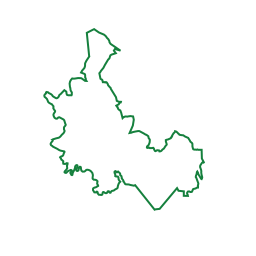 outline of Santiago Xanica, Oaxaca, Mexico, rotated 27°
{"feature_id": "50627088B68084107278536", "entity_name": "Santiago Xanica", "entity_type": "district", "adm_level": 2, "iso_a3": "MEX", "parent_name": "Mexico", "parent_adm1": "Oaxaca", "projection": "robinson", "projection_center": [-96.226, 16.017], "detail": "fine", "context": "isolated", "style": "outline", "palette": "green", "viewbox_px": 256, "rotation_deg": 27, "n_neighbors": 0, "source": "geoboundaries", "source_scale": "gbopen_adm2", "svg_char_len": 5892}
<svg xmlns="http://www.w3.org/2000/svg" viewBox="0 0 256 256"><g transform="rotate(27 128 128)"><path d="M171.5,109.5L171.7,109.9L171.1,111.9L171.0,112.0L170.8,114.4L170.8,115.2L171.0,115.3L171.0,116.0L170.9,117.0L170.6,117.1L170.6,117.9L168.8,120.1L167.9,120.8L167.2,121.6L167.9,122.9L169.9,124.9L170.0,125.6L169.6,126.9L169.3,130.1L168.5,131.5L168.1,133.2L167.4,134.1L166.6,134.6L165.8,133.9L164.0,134.6L163.1,136.1L162.4,136.2L161.3,135.5L160.4,134.6L160.0,134.6L159.8,134.3L159.5,134.2L157.8,135.4L156.5,136.0L156.1,135.8L155.2,136.1L154.9,136.4L154.9,136.6L154.2,137.0L153.7,136.8L153.4,136.0L153.4,135.6L154.0,134.1L154.1,133.6L153.9,131.6L153.7,130.7L152.8,128.6L152.3,128.2L151.1,127.7L149.8,126.1L147.4,125.7L146.8,125.9L144.5,125.7L139.6,125.6L138.6,126.0L137.9,126.5L135.8,128.1L133.9,129.7L133.3,130.5L131.7,131.7L131.2,123.6L129.4,118.0L127.3,115.4L124.5,116.4L123.8,117.0L123.0,117.5L122.5,118.0L120.5,118.9L120.0,119.3L119.4,120.2L119.2,120.2L118.7,121.7L114.9,117.4L113.1,115.8L112.3,115.9L111.6,115.8L110.7,115.5L110.0,115.0L109.7,114.5L109.2,114.1L108.6,114.1L108.1,113.6L107.7,113.6L107.4,113.4L109.0,111.1L109.0,109.9L109.7,108.5L109.9,108.4L109.8,107.9L107.9,108.8L105.7,108.9L103.3,106.0L94.9,100.9L94.2,100.1L92.9,99.8L92.4,99.5L91.4,99.2L90.7,98.8L90.1,98.1L88.6,97.2L88.0,97.0L87.5,97.2L87.1,97.7L86.8,97.5L84.8,98.6L84.4,98.2L84.1,97.7L83.3,96.9L82.6,96.7L82.3,96.8L81.1,96.6L77.6,92.2L77.9,91.0L78.0,89.3L78.8,85.6L78.8,82.4L79.2,76.6L79.3,75.8L79.7,74.9L79.8,74.2L79.4,72.0L79.4,71.1L80.1,70.0L83.2,66.9L80.3,65.5L80.5,63.5L86.2,62.5L74.4,61.0L73.6,60.6L72.6,60.0L71.8,58.9L70.1,57.8L68.5,57.3L66.4,56.2L64.2,55.7L58.8,56.1L52.9,55.3L48.1,61.9L60.7,81.5L61.0,81.8L60.4,86.8L60.4,89.3L60.6,90.4L61.1,91.2L61.6,92.4L61.9,94.1L61.7,95.2L61.1,97.6L61.0,99.9L64.4,99.6L65.3,99.7L65.9,100.5L66.9,102.4L67.8,103.0L68.6,104.3L69.6,104.9L68.4,105.5L64.6,104.9L63.5,104.9L60.8,106.2L58.2,108.1L57.2,108.7L55.8,109.2L55.3,111.2L55.3,113.0L55.8,114.9L57.6,117.7L58.4,118.5L59.6,120.3L60.0,120.7L61.8,121.8L62.8,123.9L62.8,124.5L61.3,125.2L60.6,125.7L58.8,126.2L57.8,125.5L56.5,123.6L54.1,123.2L52.6,128.3L51.9,129.6L52.0,131.6L51.8,132.5L51.4,133.4L50.9,133.9L50.1,134.1L48.4,134.0L46.5,133.8L45.6,133.2L44.1,132.8L41.2,132.8L40.8,132.5L40.2,132.6L39.2,132.8L38.8,133.5L39.2,134.5L38.7,135.7L38.6,136.4L38.8,137.3L39.6,138.1L41.1,138.4L42.7,139.0L45.2,141.1L46.3,141.4L48.4,141.5L49.3,141.4L50.2,141.8L50.6,142.1L51.6,142.4L52.1,143.1L52.4,144.2L53.8,145.2L54.4,145.4L55.4,146.0L55.6,147.1L55.4,148.2L55.4,149.5L55.6,150.2L56.5,151.2L57.9,152.2L59.3,152.4L60.0,152.2L60.5,151.9L61.2,150.2L62.0,149.6L66.7,149.7L67.7,150.1L70.1,152.6L70.9,153.2L71.1,153.6L71.1,154.4L70.7,155.9L70.8,156.8L71.6,158.3L72.7,159.2L73.0,160.0L72.9,161.9L72.1,164.1L71.6,166.4L71.0,167.7L70.6,168.2L68.5,170.0L67.2,171.3L66.4,172.0L66.0,172.6L66.4,172.6L66.7,173.6L66.2,176.0L66.2,176.9L66.3,177.4L66.9,178.0L67.4,178.3L68.9,178.4L69.5,178.7L74.6,178.7L76.5,178.9L78.1,178.8L81.9,177.8L82.3,178.1L82.3,179.7L82.6,181.5L82.5,182.3L81.9,183.3L81.5,183.5L80.8,184.6L80.8,185.0L82.1,185.6L82.9,186.4L84.2,186.6L85.4,187.0L86.1,188.6L86.6,189.2L88.1,188.7L88.7,188.2L89.3,187.2L90.2,186.9L90.4,187.3L90.7,188.3L90.7,189.3L92.1,191.4L92.0,193.0L91.4,195.1L91.4,196.0L91.6,196.3L92.0,196.4L92.6,196.4L93.4,195.9L94.0,193.9L94.4,193.3L96.0,191.4L96.8,191.2L97.2,191.4L97.3,192.2L97.0,194.2L98.9,195.5L99.5,195.4L99.7,195.1L99.6,194.5L99.1,192.9L99.2,190.9L99.1,189.2L98.8,187.2L98.5,186.7L98.4,185.9L98.5,185.2L98.9,184.5L99.6,184.2L99.9,184.3L100.2,184.7L100.5,185.4L100.7,186.1L100.6,186.9L100.7,188.5L101.2,189.2L101.6,189.4L102.2,189.4L102.8,188.9L103.1,188.2L102.4,185.7L102.6,184.5L103.3,184.2L103.8,184.4L104.4,185.4L105.8,187.1L107.3,187.5L108.9,186.6L109.4,185.7L109.9,184.2L110.8,183.6L112.1,183.2L114.0,183.2L115.2,183.6L116.7,184.3L118.1,185.9L119.2,188.8L119.7,189.3L120.9,189.6L122.3,189.0L123.6,188.8L125.0,189.3L125.7,191.5L126.7,192.4L127.2,192.5L127.5,192.8L127.7,193.2L126.2,195.5L125.1,196.4L124.4,197.6L124.5,198.3L125.2,199.4L126.5,200.1L127.2,200.6L128.1,200.3L128.7,199.7L128.9,199.0L129.3,198.8L129.9,198.9L130.5,199.5L130.6,200.0L132.3,200.7L133.9,200.0L134.4,199.9L135.0,199.5L135.3,198.9L134.8,197.1L134.9,196.4L135.4,196.1L136.8,196.3L138.0,196.1L138.7,195.4L138.7,193.7L139.1,193.3L139.7,193.1L140.3,193.7L141.1,193.9L141.8,193.6L141.8,192.4L142.1,191.6L142.4,191.2L143.1,190.7L143.8,190.0L144.5,188.5L145.6,187.0L145.9,186.0L145.3,184.2L145.0,182.1L145.0,181.0L145.5,179.4L144.9,179.2L143.1,178.2L141.9,176.4L141.1,175.9L139.0,176.7L138.4,176.6L138.2,175.8L137.6,175.2L137.4,174.7L136.5,174.2L135.9,173.3L135.9,172.9L136.1,172.4L136.4,172.1L137.4,172.2L137.8,172.5L138.3,172.5L138.9,171.3L141.6,172.1L142.6,173.6L143.9,173.8L144.9,174.9L145.1,175.5L146.0,176.1L147.0,176.5L147.8,177.0L148.0,177.6L148.5,177.9L149.1,178.0L150.6,179.1L151.6,179.2L154.2,178.0L155.1,177.8L155.9,177.7L159.5,176.7L160.3,175.7L188.8,188.7L189.4,188.0L192.9,185.7L199.0,159.3L201.5,161.0L206.5,159.1L208.5,163.1L212.2,161.3L211.3,160.2L210.5,159.7L210.1,159.0L210.2,157.5L210.5,157.2L211.4,156.7L212.7,156.7L213.8,156.0L213.9,154.4L213.7,153.2L214.0,152.6L215.7,151.2L216.4,149.9L217.4,149.3L216.7,147.8L216.3,147.4L216.2,146.6L216.0,145.8L215.6,145.2L211.6,141.5L210.6,140.9L210.2,139.5L210.1,138.1L209.4,135.9L209.5,135.3L210.7,136.1L211.6,137.2L212.4,137.7L216.3,140.1L216.8,140.1L216.8,139.2L216.5,138.2L214.4,135.8L213.3,134.1L213.0,133.3L212.2,132.2L209.9,130.0L209.4,128.6L209.7,125.7L210.1,124.4L211.8,124.6L207.7,121.7L203.5,114.0L200.3,115.6L199.6,115.6L198.9,116.3L197.9,116.6L196.7,117.2L195.8,117.3L194.7,116.3L194.2,115.6L193.8,115.2L192.6,112.9L192.0,112.4L189.7,111.8L188.8,111.1L186.1,109.5L182.7,109.7L180.6,109.4L178.8,110.1L177.1,110.6L176.7,110.6L176.0,110.2L175.1,110.1L174.3,109.7L173.1,109.4L172.5,109.3L171.5,109.5Z" fill="none" stroke="#15803d" stroke-width="2"/></g></svg>